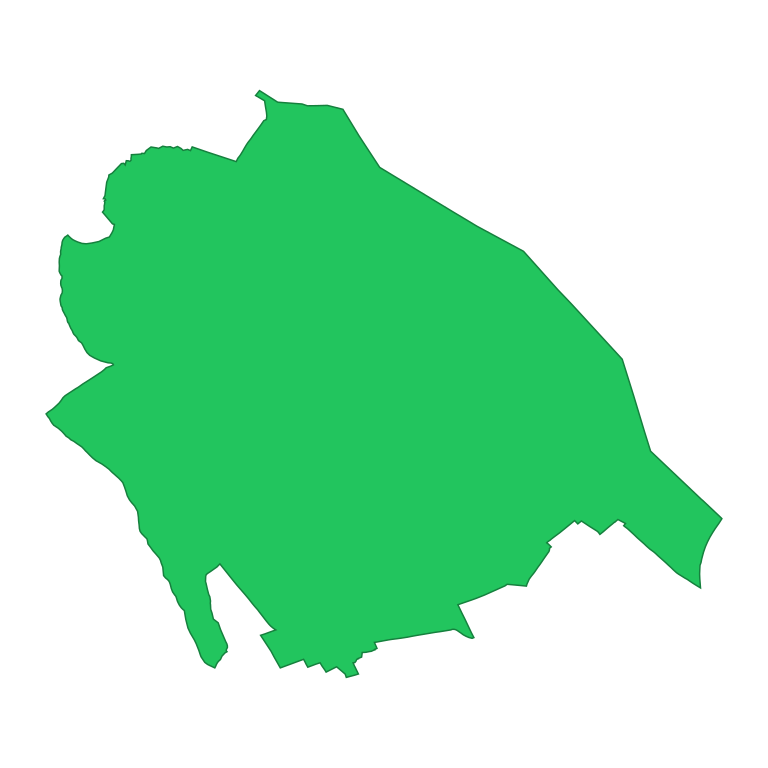 Hemeius, Bacau, Romania (Natural Earth projection)
{"feature_id": "2599482B10369787235709", "entity_name": "Hemeius", "entity_type": "district", "adm_level": 2, "iso_a3": "ROU", "parent_name": "Romania", "parent_adm1": "Bacau", "projection": "natural_earth1", "projection_center": [26.841, 46.628], "detail": "fine", "context": "isolated", "style": "filled", "palette": "green", "viewbox_px": 768, "rotation_deg": 0, "n_neighbors": 0, "source": "geoboundaries", "source_scale": "gbopen_adm2", "svg_char_len": 6005}
<svg xmlns="http://www.w3.org/2000/svg" viewBox="0 0 768 768"><path d="M302.1,104.0L277.7,102.2L259.5,90.6L255.6,95.5L264.6,100.8L265.5,106.7L266.4,112.0L266.7,114.8L266.8,116.3L266.5,118.2L266.4,119.5L263.8,120.7L260.7,125.2L256.9,130.4L253.3,135.2L250.7,139.0L248.1,142.3L246.6,144.5L244.5,148.0L242.6,151.4L240.1,155.4L237.9,158.2L236.2,161.6L208.2,152.4L192.2,146.9L190.5,150.6L187.6,149.4L183.1,150.4L181.1,148.5L177.5,146.5L173.4,148.1L170.2,146.7L166.8,147.0L162.8,146.2L158.6,148.4L156.7,147.9L151.0,147.0L146.3,150.5L144.5,153.5L141.8,153.3L141.2,154.0L138.4,154.3L131.4,154.7L131.3,157.0L131.0,158.1L131.0,160.3L129.9,161.3L128.3,160.8L126.3,160.7L125.2,165.0L123.8,163.3L121.4,163.6L116.2,169.0L112.3,173.1L108.9,175.0L108.7,177.0L106.7,182.2L105.5,191.4L105.0,195.6L103.4,198.7L105.2,198.9L105.7,200.1L104.5,200.7L104.3,201.5L104.9,202.1L104.7,203.2L104.4,204.9L104.2,205.7L104.2,207.7L104.2,209.7L103.3,211.1L102.5,212.1L112.5,223.9L114.4,224.4L113.3,229.9L112.1,232.5L109.4,237.0L105.6,238.2L99.0,241.5L92.0,243.0L86.3,243.8L81.9,243.4L79.3,242.5L77.7,242.0L75.0,240.8L72.7,239.6L70.8,238.1L68.9,236.3L67.8,235.1L66.2,236.3L65.0,237.0L64.0,238.2L62.7,240.3L62.1,242.3L61.9,244.6L61.2,247.4L61.2,248.3L60.6,251.3L60.6,252.5L60.7,254.4L59.9,256.5L59.4,258.4L59.2,262.1L59.4,265.8L59.2,270.2L59.2,271.3L59.8,272.8L60.7,274.4L61.2,275.3L61.8,275.6L62.0,276.5L62.0,278.6L61.2,279.7L60.8,281.0L60.7,283.6L60.9,285.3L61.6,287.3L62.1,288.3L62.4,290.3L62.3,291.8L62.1,293.2L61.2,294.6L60.7,296.0L60.0,299.1L60.2,301.2L60.6,303.5L60.8,304.9L61.2,306.1L62.2,307.6L62.3,309.2L62.9,310.8L64.2,313.2L65.4,315.6L66.6,317.5L66.9,318.5L67.0,318.9L67.4,321.1L68.0,322.7L68.7,323.1L69.1,324.4L70.0,326.5L70.8,328.3L72.2,330.6L73.1,332.9L73.9,334.3L75.8,336.2L76.9,337.5L78.5,340.6L81.6,342.9L83.1,345.5L84.9,349.2L87.0,352.6L89.8,355.4L94.4,358.0L100.8,360.9L108.0,362.8L110.9,363.0L112.7,363.6L113.4,364.8L110.6,366.2L108.0,367.1L106.1,367.8L104.3,369.6L101.6,371.8L88.8,380.2L83.2,383.7L78.0,387.4L75.9,388.6L69.0,393.1L65.1,395.7L63.0,397.7L61.2,400.4L59.1,403.1L54.4,407.5L52.2,409.4L48.4,411.9L46.1,413.9L47.9,416.7L49.5,418.6L50.6,420.8L52.1,423.2L53.8,425.3L58.1,428.1L61.6,431.1L63.1,432.7L64.8,434.6L66.1,436.2L67.6,437.1L68.8,437.9L69.7,438.7L70.7,439.7L73.8,441.3L76.8,443.5L81.7,446.8L83.7,448.8L85.6,451.0L86.4,451.7L87.6,452.9L90.0,455.4L92.7,458.0L96.0,460.7L101.9,464.0L104.2,465.6L108.8,469.0L112.2,472.4L117.9,477.4L118.7,478.1L121.0,480.5L122.8,482.6L124.4,486.7L125.6,490.2L126.3,492.4L127.3,495.8L129.4,499.7L131.6,502.6L134.7,506.1L137.6,511.4L138.4,517.2L138.6,520.8L139.1,524.8L139.4,528.6L140.1,531.3L141.7,533.6L144.8,536.8L146.9,538.8L147.4,540.5L148.0,544.0L150.3,547.0L153.1,550.9L155.7,553.8L159.2,557.9L160.5,560.4L161.2,562.9L162.8,567.1L163.6,575.6L165.5,577.9L167.6,579.6L168.9,581.1L169.5,582.2L170.2,584.1L171.3,588.5L172.6,591.9L174.5,594.7L175.9,596.4L176.7,598.8L177.3,600.9L178.1,602.7L179.4,605.2L181.3,607.8L183.1,609.6L184.3,610.5L185.8,619.4L186.9,623.8L188.0,628.1L190.4,633.2L194.3,639.8L196.2,643.7L198.9,650.5L200.4,655.1L201.1,656.9L204.8,662.4L207.5,664.4L210.1,665.7L210.6,665.9L214.8,667.9L215.5,666.6L216.4,664.5L217.5,662.5L219.1,660.7L220.4,659.6L222.0,656.1L225.1,652.8L227.0,651.7L226.2,650.7L226.5,649.2L227.4,647.6L227.4,645.8L226.8,643.7L225.8,641.8L224.2,638.1L220.5,629.5L218.2,622.8L213.4,619.1L212.0,613.1L210.7,609.3L210.5,604.6L210.3,603.3L210.5,601.0L209.8,596.7L208.7,594.4L207.4,589.4L206.1,583.6L205.5,581.6L205.7,576.3L206.2,574.7L207.5,573.5L210.8,571.3L213.9,569.1L216.9,567.0L219.9,563.9L231.7,578.7L236.8,585.0L245.3,594.8L248.8,599.0L252.3,603.5L254.7,606.4L257.7,609.8L259.4,612.1L266.2,620.9L268.9,624.2L270.6,626.0L273.1,628.1L275.8,629.9L264.6,634.0L260.6,635.3L271.1,651.3L273.9,656.6L280.3,667.9L303.6,659.3L305.1,662.1L306.0,664.0L307.8,667.2L310.7,666.1L316.0,664.1L320.1,662.8L322.0,666.0L324.9,670.1L326.1,672.1L336.6,666.8L341.6,671.0L345.2,674.1L346.3,677.4L354.9,675.1L358.4,674.0L354.8,666.6L354.6,666.4L353.1,662.8L354.9,662.5L356.1,660.9L356.4,660.1L356.7,659.4L358.3,658.8L358.1,658.5L361.6,657.1L362.0,654.3L362.2,652.5L365.8,652.3L369.8,651.5L371.3,651.3L373.5,650.3L374.9,649.8L374.7,649.4L375.7,649.0L377.0,648.4L374.4,642.4L377.0,642.0L384.5,640.6L388.9,639.8L392.2,639.3L397.1,638.7L402.1,638.0L407.8,637.1L412.3,636.2L417.3,635.3L435.3,632.3L439.8,631.7L450.9,629.9L452.0,629.4L452.8,629.3L454.1,629.3L455.7,629.7L457.1,630.4L459.1,631.8L460.6,632.8L463.3,634.8L466.1,636.3L468.9,637.5L472.1,638.3L473.9,637.6L471.5,633.0L464.9,619.1L461.8,612.9L458.5,606.0L457.9,604.7L471.0,600.2L476.3,598.3L484.6,595.0L505.1,585.8L507.1,584.3L511.8,584.7L520.4,585.5L526.4,586.1L527.0,584.0L529.2,579.1L531.3,576.2L533.6,573.4L535.2,571.2L537.7,567.5L540.0,564.4L541.8,561.8L543.8,558.8L548.3,552.4L548.9,551.6L549.5,549.8L549.4,548.7L550.0,547.9L551.2,546.9L548.5,544.2L546.7,542.8L547.5,542.0L548.7,541.1L550.2,540.1L551.4,539.0L552.7,538.0L555.2,536.1L559.4,533.0L564.1,529.2L574.6,520.6L577.8,523.9L581.4,521.0L585.2,523.5L589.4,526.3L596.9,531.0L598.3,532.2L599.9,534.4L603.3,531.7L607.4,528.1L610.4,525.6L612.5,523.9L614.4,522.2L614.7,522.3L617.9,519.5L623.7,522.5L625.2,523.3L625.5,523.5L624.7,524.4L624.3,525.0L623.7,525.7L624.6,526.5L627.3,528.5L629.2,530.2L634.2,534.8L637.4,537.9L644.1,543.8L646.5,546.1L650.0,549.2L653.6,551.8L655.6,553.5L658.0,555.8L660.5,558.0L664.1,561.2L666.3,563.2L668.2,565.0L671.4,567.9L673.1,569.6L676.5,572.7L678.8,574.3L681.9,576.2L684.9,578.1L687.3,579.4L689.6,581.0L693.0,583.3L697.0,585.8L700.5,587.9L699.8,578.9L699.6,574.0L699.8,568.9L700.0,565.3L701.0,562.6L701.7,559.0L702.7,555.2L703.5,552.2L705.4,546.7L707.5,541.9L709.9,537.2L712.5,532.8L715.2,528.6L719.0,523.2L721.9,518.7L721.2,517.9L703.2,500.9L701.0,499.0L650.6,451.2L644.5,431.7L633.7,395.9L622.2,359.2L572.4,305.0L563.0,295.1L557.9,289.8L523.5,251.3L477.1,226.3L453.9,212.4L379.7,167.4L359.0,135.8L342.9,109.3L327.3,105.4L316.0,105.7L307.4,105.8L302.1,104.0Z" fill="#22c55e" stroke="#15803d" stroke-width="1.5"/></svg>